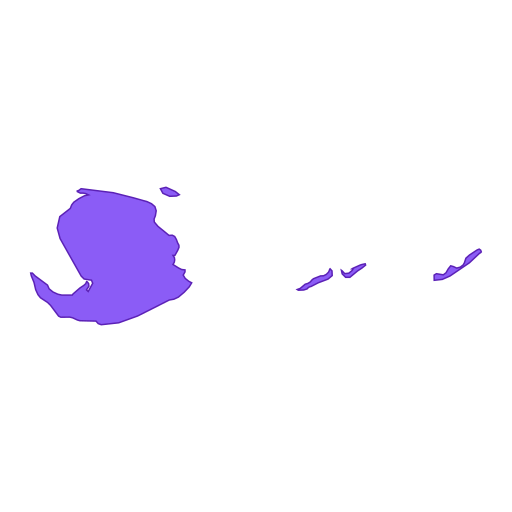 the Special Municipality of Isla de la Juventud
{"feature_id": "CUB-1320", "entity_name": "Isla de la Juventud", "entity_type": "Special Municipality", "adm_level": 1, "iso_a3": "CUB", "parent_name": "Cuba", "parent_adm1": "", "projection": "orthographic", "projection_center": [-82.43, 21.696], "detail": "fine", "context": "isolated", "style": "filled", "palette": "violet", "viewbox_px": 512, "rotation_deg": 0, "n_neighbors": 0, "source": "natural_earth", "source_scale": "10m", "svg_char_len": 2122}
<svg xmlns="http://www.w3.org/2000/svg" viewBox="0 0 512 512"><path d="M185.0,271.9L183.2,275.1L185.2,278.4L188.8,281.3L191.7,282.8L189.2,286.9L184.1,292.3L178.4,297.1L173.9,299.2L169.3,300.0L137.6,316.0L118.7,322.8L101.2,324.7L98.2,323.6L96.0,321.1L79.8,320.7L77.4,320.0L72.6,317.8L69.7,317.1L60.8,317.2L58.6,316.1L50.5,305.3L47.5,302.4L40.5,297.8L38.0,294.7L35.7,289.7L34.0,282.4L31.3,275.8L30.7,273.1L32.4,273.1L35.1,275.9L47.5,285.1L49.1,288.8L53.0,292.0L57.8,294.2L61.9,295.1L72.2,295.1L73.0,294.0L79.9,288.0L83.8,285.4L85.7,283.7L86.6,281.6L87.3,281.9L88.6,283.5L88.9,286.2L86.5,289.9L88.2,291.5L92.7,283.3L91.5,280.2L84.1,279.0L81.2,276.1L60.1,238.6L57.2,228.0L59.8,216.6L70.3,208.4L71.7,204.9L73.8,202.2L78.8,198.7L84.4,195.8L88.5,194.9L85.8,193.6L83.1,193.1L80.3,193.1L77.3,191.6L77.2,191.0L78.8,190.4L81.1,188.7L113.2,192.7L133.4,197.8L147.2,201.7L151.5,203.7L154.9,206.6L156.2,210.8L155.4,215.7L154.1,219.0L154.3,222.0L157.9,226.3L169.0,235.4L172.3,235.2L174.7,236.5L176.4,239.5L177.6,242.8L178.9,245.2L179.0,247.3L177.7,250.4L174.9,255.4L173.0,255.4L174.4,257.6L174.7,259.9L174.3,262.2L173.0,264.5L178.6,268.0L181.6,269.5L185.0,269.9L185.0,271.9ZM480.6,252.7L479.5,253.3L469.4,262.8L450.0,276.0L442.3,279.4L434.2,280.3L434.1,275.1L436.4,273.7L443.3,274.8L446.0,272.8L448.3,268.8L450.7,265.8L453.5,266.6L456.7,268.1L460.3,267.1L463.2,264.9L464.4,262.8L465.9,258.2L469.5,255.0L477.2,249.9L479.2,249.1L480.7,250.2L481.3,251.9L480.6,252.7ZM330.1,268.8L332.0,270.9L332.2,275.6L328.0,279.1L318.2,282.8L311.0,286.5L309.4,286.9L308.1,287.8L307.1,288.9L303.7,290.0L298.3,290.2L297.2,289.5L300.2,288.4L305.2,284.2L307.9,283.4L310.2,282.0L312.0,279.9L313.5,278.7L320.6,275.9L323.5,275.8L326.3,274.4L328.5,272.2L329.4,270.3L329.7,269.2L330.1,268.8ZM361.9,264.5L365.2,263.8L365.6,265.1L361.9,268.1L357.6,270.9L349.9,277.3L345.6,277.3L342.2,273.9L341.4,270.3L342.1,270.8L344.7,273.6L348.8,273.2L352.1,270.5L353.1,268.9L352.1,268.8L352.9,268.3L360.3,265.0L361.9,264.5ZM166.0,187.3L175.3,191.5L179.3,194.7L176.5,196.0L169.7,196.3L162.9,193.3L160.4,188.7L166.0,187.3Z" fill="#8b5cf6" stroke="#5b21b6" stroke-width="1.5"/></svg>